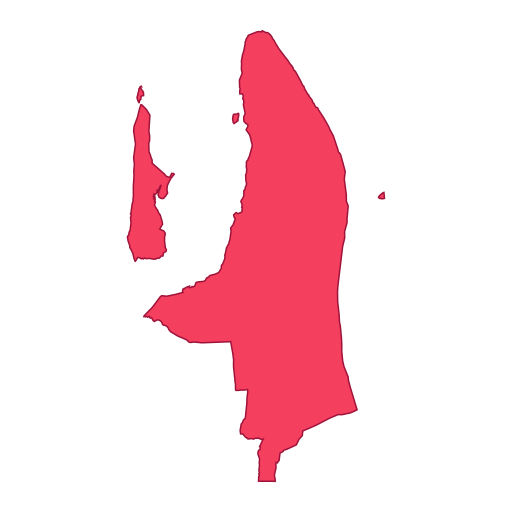 Kaskazini A, Kaskazini-Unguja, United Republic of Tanzania (Robinson projection)
{"feature_id": "72390352B77186952625716", "entity_name": "Kaskazini A", "entity_type": "district", "adm_level": 2, "iso_a3": "TZA", "parent_name": "United Republic of Tanzania", "parent_adm1": "Kaskazini-Unguja", "projection": "robinson", "projection_center": [39.277, -5.856], "detail": "fine", "context": "isolated", "style": "filled", "palette": "rose", "viewbox_px": 512, "rotation_deg": 0, "n_neighbors": 0, "source": "geoboundaries", "source_scale": "gbopen_adm2", "svg_char_len": 6047}
<svg xmlns="http://www.w3.org/2000/svg" viewBox="0 0 512 512"><path d="M357.1,409.8L350.3,387.4L348.5,380.4L348.1,376.8L344.0,366.6L342.7,361.1L341.7,350.9L341.8,345.7L341.5,338.9L340.3,325.8L339.5,322.0L339.1,314.6L337.7,302.0L337.5,292.0L337.8,286.7L342.6,246.7L344.7,237.9L344.6,231.6L347.1,222.5L347.0,218.9L348.2,206.4L347.8,204.8L346.4,201.5L346.3,194.6L344.3,179.2L345.2,171.5L343.3,164.3L340.8,155.3L340.1,153.6L338.3,151.8L338.0,149.9L333.3,135.8L329.7,129.1L328.5,126.3L323.9,118.1L318.5,109.8L317.9,108.4L317.4,107.6L316.1,107.4L315.1,106.1L313.9,103.4L312.8,102.5L312.4,100.8L311.5,99.2L309.7,97.2L308.7,95.0L307.9,94.4L304.6,88.7L303.7,86.1L302.5,85.0L300.6,80.9L295.3,71.2L294.2,70.5L293.2,68.7L292.9,67.4L292.5,67.3L291.7,65.6L290.5,64.5L287.2,59.5L286.2,58.4L279.0,48.9L275.3,42.9L274.2,40.6L272.8,38.9L271.9,37.0L270.4,34.8L267.7,32.6L265.7,32.5L262.2,30.7L261.6,31.8L258.5,31.6L256.8,31.9L248.7,35.1L247.9,35.9L247.9,36.5L246.0,39.3L246.0,40.3L245.2,42.0L245.0,44.9L243.6,51.5L242.5,55.0L241.5,60.5L241.4,62.3L241.6,62.8L241.4,68.8L241.5,70.2L242.1,72.4L241.9,74.0L239.4,80.1L239.6,87.3L240.2,88.8L239.7,90.6L239.8,93.9L242.5,94.0L242.9,94.6L243.2,96.7L242.7,98.6L243.0,99.4L243.6,99.7L243.8,101.7L243.4,104.9L245.2,113.6L243.8,116.6L243.7,119.5L244.0,121.4L245.9,123.6L247.6,124.3L247.9,125.7L247.9,126.4L246.1,129.7L249.7,135.0L250.8,138.9L251.5,142.4L252.0,143.5L252.2,146.2L249.4,156.2L248.0,159.2L247.9,160.1L246.8,161.1L246.3,162.5L246.5,164.2L246.2,166.6L246.7,169.3L246.5,171.3L246.7,172.2L245.6,175.0L246.0,181.5L246.6,183.5L246.2,185.5L245.3,187.2L245.1,189.2L243.8,190.7L243.8,195.4L243.5,196.7L242.1,199.3L241.5,199.9L240.9,201.5L241.2,202.6L241.8,203.3L242.1,206.0L241.7,207.2L242.4,207.7L241.9,210.0L242.3,210.7L242.1,211.4L240.7,212.6L238.0,213.6L236.0,212.6L233.6,214.9L234.3,217.7L235.1,218.2L235.1,219.4L233.0,225.0L230.8,227.7L230.7,229.3L231.1,231.1L230.0,238.7L229.6,240.7L229.0,242.0L229.1,242.9L226.5,247.8L225.2,254.1L224.7,255.0L225.0,255.4L224.8,258.7L222.7,263.9L221.6,265.2L221.2,266.1L221.4,267.7L221.2,268.5L218.6,272.6L215.0,274.2L210.2,275.4L209.2,276.1L209.0,276.7L206.6,278.0L205.1,280.7L203.9,281.3L197.4,282.0L196.0,282.6L195.1,285.2L194.4,286.2L193.0,286.8L192.5,286.8L192.1,286.5L191.7,287.2L189.7,287.8L189.5,287.6L189.5,286.1L186.1,287.4L185.1,288.2L184.3,288.3L184.2,288.8L183.0,289.0L182.5,291.0L182.9,292.4L175.1,294.5L166.7,296.2L161.7,295.7L160.3,296.7L152.4,307.3L144.2,315.7L143.9,316.5L144.7,316.4L145.2,316.9L146.8,316.4L147.6,317.2L149.0,316.4L149.5,316.5L149.6,317.2L150.2,318.1L151.6,317.8L153.1,320.5L154.4,321.5L156.6,320.1L158.3,319.9L159.6,320.4L161.4,321.7L162.7,324.6L163.6,325.2L164.9,325.4L166.4,326.0L168.1,327.7L168.8,329.6L170.7,331.8L177.7,336.0L185.5,339.3L187.1,340.2L188.9,342.1L190.7,342.5L193.9,342.0L201.9,342.8L230.7,341.7L232.8,353.5L233.6,359.9L233.5,366.4L234.9,379.6L235.0,381.5L235.5,384.2L235.5,389.5L235.9,390.4L238.8,390.4L241.0,390.0L243.7,390.1L247.6,389.6L247.7,392.1L247.0,397.9L246.8,403.8L245.3,418.1L243.3,420.2L242.7,422.2L241.2,424.1L240.1,430.6L240.6,433.9L242.8,434.0L245.4,437.1L246.6,438.0L247.1,437.9L247.7,438.4L248.0,439.0L251.5,438.6L253.7,439.1L255.3,438.2L257.6,438.3L258.3,438.0L261.0,439.3L262.2,439.5L263.1,439.1L259.6,446.7L260.3,446.9L260.0,449.5L258.8,450.2L258.2,451.2L257.9,452.8L258.1,454.9L258.5,455.5L259.6,459.3L259.2,462.8L259.5,464.8L258.9,470.6L259.4,472.5L258.8,473.9L259.3,475.6L258.7,476.5L258.5,481.2L275.2,481.3L275.2,479.7L274.4,475.2L276.0,467.9L275.9,462.6L277.5,462.9L277.6,462.2L279.1,460.5L280.0,453.2L283.2,451.4L283.8,450.1L286.8,449.3L296.3,444.9L299.1,439.2L302.3,435.6L302.8,431.0L316.5,425.0L330.0,418.0L338.0,414.6L341.9,414.7L350.0,413.0L354.2,411.3L355.6,410.3L355.7,410.5L357.1,409.8ZM169.8,177.2L168.1,177.0L166.1,176.1L164.4,174.0L152.2,163.3L152.1,160.0L150.8,156.9L150.5,155.3L149.0,151.8L148.8,142.8L149.6,140.7L149.7,136.2L148.9,131.4L149.9,115.2L146.5,109.6L141.9,104.9L140.9,104.7L139.5,108.8L137.5,117.1L134.1,126.2L133.6,130.9L135.5,144.0L133.6,157.9L134.4,164.3L133.8,170.5L134.0,175.5L133.3,186.6L133.4,195.9L133.0,199.2L133.2,200.1L132.1,204.3L130.9,213.4L130.5,213.8L131.0,214.6L131.1,216.0L130.5,217.4L131.0,222.7L130.1,230.2L129.1,232.2L128.7,235.1L127.5,236.4L127.5,237.6L128.1,241.0L129.8,245.9L129.8,247.6L131.3,250.0L132.9,253.7L133.9,257.9L135.0,261.2L135.2,261.3L135.6,260.7L136.2,260.2L137.5,257.6L137.8,257.4L139.3,257.7L141.2,258.8L142.1,258.2L142.7,258.8L143.5,258.9L144.4,258.0L146.0,258.7L149.4,258.4L153.1,259.1L155.3,259.1L156.1,258.9L157.1,258.1L158.8,258.3L159.7,257.8L161.1,256.1L162.9,256.0L163.2,255.0L163.3,253.3L164.4,252.3L166.0,251.5L166.4,249.8L165.3,247.5L164.5,240.5L164.7,236.2L165.2,234.8L165.1,232.9L163.8,231.0L159.7,229.1L162.6,224.1L161.9,220.6L160.1,214.8L158.9,213.3L157.5,210.0L157.0,209.5L154.5,205.4L155.4,202.1L155.2,201.5L154.6,201.6L154.4,201.2L155.1,200.0L155.2,199.3L155.0,198.6L153.8,198.9L153.7,198.7L154.7,198.2L154.8,197.7L154.5,197.4L155.0,197.4L155.0,196.8L154.7,196.4L153.7,196.4L153.6,196.8L153.3,196.5L153.9,195.7L153.9,194.1L154.8,194.7L155.2,194.7L157.0,192.6L157.4,191.5L157.0,190.8L158.0,191.0L158.0,190.2L158.5,189.1L159.4,188.2L160.5,185.5L161.0,185.6L158.6,192.3L158.1,194.8L159.0,197.1L160.4,198.1L162.0,198.6L163.5,198.4L165.4,196.3L167.6,193.2L166.9,189.6L167.3,185.7L168.8,182.3L170.9,178.4L174.2,174.3L173.6,173.5L171.7,173.4L169.8,177.2ZM141.5,86.7L141.2,86.2L140.1,86.8L139.5,88.3L138.9,89.0L138.8,90.6L138.1,92.9L137.6,95.6L137.2,96.4L137.3,97.6L137.0,97.9L138.2,101.5L138.5,101.6L138.9,102.6L139.3,102.5L139.5,100.5L140.8,99.4L141.1,96.4L142.2,95.8L143.6,95.6L143.5,92.7L143.0,91.4L141.8,90.0L140.4,87.5L140.8,86.6L141.5,86.7ZM238.7,115.5L238.7,113.7L238.2,113.3L236.1,114.3L235.0,114.1L233.8,114.3L233.2,115.1L232.6,118.9L233.2,122.4L234.0,123.5L236.0,122.3L236.3,121.8L237.9,120.7L238.2,119.9L237.7,119.0L238.4,117.2L238.7,115.5ZM382.1,198.8L384.1,198.5L384.5,198.2L383.9,192.4L383.1,192.7L381.2,194.1L378.8,196.5L378.5,197.4L379.6,198.4L382.1,198.8Z" fill="#f43f5e" stroke="#9f1239" stroke-width="1.5"/></svg>